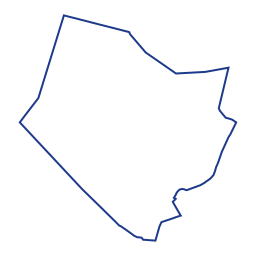 outline of Santa María Mixtequilla, Oaxaca, Mexico
{"feature_id": "50627088B35955945188177", "entity_name": "Santa María Mixtequilla", "entity_type": "district", "adm_level": 2, "iso_a3": "MEX", "parent_name": "Mexico", "parent_adm1": "Oaxaca", "projection": "albers", "projection_center": [-95.246, 16.422], "detail": "fine", "context": "isolated", "style": "outline", "palette": "blue", "viewbox_px": 256, "rotation_deg": 0, "n_neighbors": 0, "source": "geoboundaries", "source_scale": "gbopen_adm2", "svg_char_len": 1094}
<svg xmlns="http://www.w3.org/2000/svg" viewBox="0 0 256 256"><path d="M228.5,67.7L205.3,71.9L176.0,73.5L145.7,52.5L130.2,34.4L129.2,32.1L97.9,24.1L63.9,15.4L38.4,98.0L24.6,116.0L19.8,122.4L82.2,189.2L97.2,203.8L114.3,220.6L119.4,225.7L120.6,226.1L126.3,230.0L134.4,235.9L137.1,237.2L138.2,237.3L139.1,237.3L141.6,237.7L143.1,239.7L155.4,240.6L157.5,233.4L158.9,228.4L159.5,226.4L160.8,223.6L161.4,222.2L162.4,221.8L166.9,220.3L167.8,220.0L168.8,219.7L170.3,219.2L172.2,218.5L172.8,218.3L174.3,217.8L175.8,217.2L177.4,216.7L180.3,215.7L180.7,215.6L180.0,214.4L179.1,212.8L178.0,211.0L172.9,202.1L172.8,201.8L175.7,198.9L173.9,197.8L176.2,194.0L176.3,193.4L176.7,192.7L177.4,191.8L177.7,191.4L179.3,189.8L180.8,189.2L182.1,189.0L183.4,189.1L185.5,189.8L186.6,190.2L200.3,185.2L204.7,182.7L205.2,182.2L209.0,179.6L210.5,178.4L213.5,175.1L215.0,171.1L216.2,166.9L217.4,164.3L218.4,161.8L221.6,152.5L221.7,152.1L224.0,147.1L228.5,137.2L230.3,134.4L236.2,122.4L232.1,119.6L229.1,118.6L226.2,117.9L225.6,117.6L219.9,110.8L218.8,108.2L228.5,67.7Z" fill="none" stroke="#1e3a8a" stroke-width="2"/></svg>